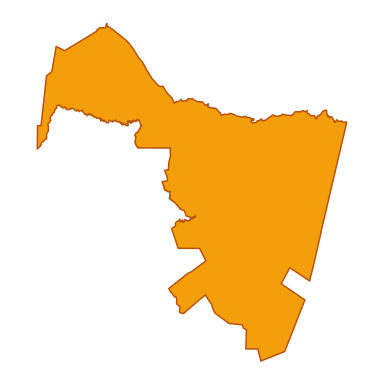 Voi, Coast, Kenya
{"feature_id": "3690345B74422593765563", "entity_name": "Voi", "entity_type": "district", "adm_level": 2, "iso_a3": "KEN", "parent_name": "Kenya", "parent_adm1": "Coast", "projection": "robinson", "projection_center": [38.488, -3.338], "detail": "fine", "context": "isolated", "style": "filled", "palette": "amber", "viewbox_px": 384, "rotation_deg": 0, "n_neighbors": 0, "source": "geoboundaries", "source_scale": "gbopen_adm2", "svg_char_len": 5965}
<svg xmlns="http://www.w3.org/2000/svg" viewBox="0 0 384 384"><path d="M321.5,229.7L346.7,122.4L346.3,122.1L345.3,122.0L343.5,122.3L341.7,121.0L338.6,121.5L338.0,121.1L337.7,120.2L337.0,119.9L336.5,120.1L335.4,122.1L334.3,122.2L334.0,120.5L331.6,116.8L331.0,116.7L329.9,117.7L329.4,117.7L328.9,115.9L327.8,116.1L327.3,115.8L327.3,114.4L326.7,112.8L326.6,110.6L326.3,110.3L324.8,110.4L322.5,111.6L320.7,114.5L317.2,116.3L317.0,116.9L317.0,118.4L316.5,118.9L315.3,118.4L315.0,116.5L314.7,116.0L313.4,115.6L311.1,115.8L310.5,115.4L309.2,113.8L307.4,113.3L307.0,112.4L307.2,110.7L305.3,111.7L302.7,110.6L301.1,111.6L300.1,111.8L298.9,111.9L297.0,111.6L295.1,111.9L294.5,112.2L293.7,113.9L291.6,115.4L289.8,115.5L286.2,115.1L282.7,114.1L281.5,115.5L280.0,115.5L278.5,116.2L277.1,116.3L274.9,116.1L274.0,115.1L272.7,115.0L265.8,120.0L262.4,120.9L261.9,119.5L261.4,119.0L261.0,119.0L259.7,120.5L257.6,120.8L256.0,122.5L252.9,122.8L251.4,122.3L251.2,120.8L251.9,120.1L252.5,120.1L253.2,120.6L253.5,120.4L253.9,119.6L253.7,118.9L251.1,118.5L249.1,117.5L246.8,117.5L245.8,116.4L244.4,116.4L241.9,117.2L239.0,116.4L236.4,116.0L234.5,114.7L230.5,113.3L227.8,114.4L224.9,114.2L221.8,115.0L221.2,115.4L220.6,114.5L220.2,112.6L218.6,111.7L217.8,110.4L216.1,108.6L214.4,108.0L212.9,108.3L212.0,107.8L210.3,107.8L209.4,107.1L208.3,106.9L207.7,106.3L208.4,104.4L208.2,103.9L207.8,104.0L206.8,104.9L204.9,105.0L202.8,102.1L197.0,101.6L195.1,100.3L193.6,100.0L192.3,98.5L190.7,99.1L189.4,98.6L188.1,98.8L187.0,99.8L187.0,100.9L186.8,101.0L185.6,100.8L182.1,101.2L181.2,99.6L178.4,101.6L176.4,101.5L176.2,102.2L175.5,102.1L174.6,103.2L174.4,103.1L173.8,102.4L172.0,98.1L169.5,95.4L168.2,94.3L165.7,90.9L163.1,86.6L162.2,86.2L160.6,86.6L159.2,86.1L157.7,84.9L152.3,79.0L147.0,70.5L142.6,62.3L138.6,57.7L133.6,49.4L129.0,43.2L127.2,41.6L127.1,41.2L126.4,40.5L112.1,29.0L108.8,27.1L108.3,26.6L107.2,26.5L106.9,23.0L106.0,25.4L106.1,26.6L105.9,27.0L105.3,27.3L105.1,27.8L104.5,28.0L102.7,27.7L99.5,27.9L98.3,29.2L97.2,29.6L96.8,31.2L96.5,31.5L93.6,32.9L93.1,33.5L64.6,50.7L56.2,46.5L51.8,71.5L46.5,75.9L41.1,125.2L41.1,125.5L40.3,125.7L38.2,125.5L37.5,125.8L37.3,148.8L37.7,148.8L38.4,147.7L39.8,146.6L39.8,146.4L40.1,146.4L41.4,144.0L41.3,143.6L41.6,142.5L44.2,140.7L45.3,139.1L46.5,139.0L46.7,136.9L46.4,136.1L46.9,133.2L48.2,131.5L48.3,130.1L48.5,127.1L48.3,125.4L47.8,125.0L47.8,124.2L48.1,123.6L48.9,123.3L50.8,120.3L50.2,118.3L50.4,117.1L51.0,115.8L52.1,115.3L53.1,112.8L53.9,112.7L55.4,108.9L56.7,108.0L56.6,106.9L57.3,105.4L58.2,105.0L59.0,105.5L59.5,105.3L60.2,106.2L60.6,106.5L61.1,106.4L61.4,106.9L61.6,106.8L62.9,108.0L63.4,108.0L64.7,107.0L65.1,107.1L65.4,107.4L65.5,108.4L67.1,109.6L67.5,109.5L68.2,109.8L69.2,109.2L69.8,109.3L70.4,108.8L71.4,108.7L71.9,108.2L74.5,109.4L75.2,110.4L76.4,111.0L77.2,110.7L77.3,110.0L77.6,110.0L78.5,110.4L78.7,111.2L79.2,111.5L79.4,111.1L80.9,110.8L81.2,111.0L82.0,110.4L82.6,110.4L83.4,112.6L85.3,114.6L85.9,114.3L87.2,114.6L87.3,115.3L87.8,114.6L89.3,114.8L88.8,114.0L88.9,113.9L90.7,114.0L91.1,114.7L91.5,114.6L92.0,114.9L92.0,115.8L93.0,115.7L94.2,117.2L95.7,117.2L96.7,118.3L99.2,117.8L99.6,118.1L99.6,118.8L99.9,119.2L101.0,118.8L101.7,119.0L101.6,119.4L100.6,119.8L100.8,120.8L101.5,120.6L101.6,120.1L102.0,119.9L103.6,121.2L104.1,120.3L104.3,120.4L105.1,121.6L105.9,121.9L106.3,122.7L108.3,122.7L109.3,120.3L110.3,121.0L112.7,121.9L113.3,120.6L113.7,120.9L114.9,121.0L115.4,120.0L116.0,120.4L116.1,121.0L117.3,121.8L118.1,121.5L120.2,122.7L120.3,122.2L120.9,122.3L121.3,123.2L121.1,123.6L121.9,124.8L122.2,124.8L122.5,123.5L122.7,123.4L123.1,124.1L122.7,124.5L122.8,124.7L123.7,124.7L124.9,124.0L125.0,124.6L125.6,124.6L126.2,125.5L127.7,125.7L128.1,125.5L128.3,125.0L128.3,124.5L127.3,123.6L128.2,122.1L127.6,121.5L127.8,121.0L129.0,120.9L129.3,121.6L129.0,122.1L129.1,122.5L130.6,123.0L130.7,122.3L130.4,121.8L131.0,120.9L131.6,121.4L131.5,122.0L131.9,122.5L133.4,121.6L133.5,121.3L133.0,120.7L133.3,120.3L134.1,120.3L134.9,121.0L135.7,120.5L135.7,121.4L136.9,120.9L137.0,119.7L138.3,120.4L138.9,119.8L140.0,122.6L140.3,124.3L141.6,125.4L141.4,125.7L140.8,125.7L140.7,126.0L140.6,127.4L140.2,127.7L140.6,128.6L139.4,129.1L139.2,130.0L138.3,130.4L138.2,131.9L137.2,132.6L136.2,132.8L135.2,134.2L135.4,134.6L134.8,135.4L135.0,135.8L135.7,136.1L135.5,136.9L135.9,137.4L135.0,141.5L135.1,142.5L135.7,143.0L135.4,144.0L135.7,144.6L136.3,145.0L136.5,146.1L137.5,146.9L137.9,147.9L170.5,148.0L170.2,149.9L170.5,155.8L168.9,161.9L168.4,170.1L166.8,169.9L164.7,170.5L167.2,177.4L167.5,180.2L166.7,181.0L162.3,181.6L162.2,182.5L162.8,183.2L163.0,184.6L163.5,185.8L164.4,186.6L164.4,187.4L163.9,188.2L165.1,190.4L166.5,190.2L167.0,191.5L168.1,191.5L168.5,191.8L170.0,191.5L170.4,191.7L169.8,193.2L169.8,194.9L170.3,196.2L169.7,196.2L169.8,196.8L169.3,198.3L169.4,198.9L170.9,199.2L171.1,199.9L175.8,203.4L176.5,205.0L177.4,205.1L178.1,206.5L179.1,207.5L179.7,208.9L184.4,210.7L186.2,215.9L192.5,217.9L192.8,217.0L194.7,216.9L195.3,215.9L195.5,216.7L194.6,217.6L193.2,217.9L192.0,219.2L190.4,218.9L189.7,219.7L189.9,220.4L189.6,220.6L189.2,220.4L188.1,221.0L187.4,220.9L187.0,220.4L186.1,220.5L185.8,220.0L184.8,219.8L184.6,220.0L184.8,220.5L184.6,221.1L183.5,221.9L183.5,221.3L182.8,220.3L182.2,221.1L181.9,221.0L181.8,220.5L181.3,220.4L181.1,221.1L181.5,221.6L180.7,221.3L180.4,221.7L179.8,221.5L179.7,219.5L178.6,220.8L176.8,221.6L175.5,222.9L175.4,223.5L175.6,225.0L174.8,226.5L171.6,228.5L178.2,248.3L199.6,248.4L205.9,260.9L191.6,271.6L188.0,273.2L168.7,288.6L170.9,292.4L171.8,292.9L173.8,296.0L174.8,297.0L175.6,296.7L176.1,297.1L176.9,300.1L176.5,302.7L176.9,304.0L180.1,307.2L179.4,311.5L180.1,312.8L182.9,313.3L183.7,313.4L196.8,302.0L205.3,295.0L210.6,303.1L211.3,303.7L213.2,309.5L215.1,313.2L229.0,323.5L242.2,324.8L243.3,328.0L246.4,329.7L245.9,348.9L257.7,348.9L260.9,361.0L284.7,351.5L304.9,299.9L281.2,283.8L289.8,267.8L309.6,280.9L313.9,263.8L320.5,234.8L321.5,229.7Z" fill="#f59e0b" stroke="#b45309" stroke-width="1.5"/></svg>